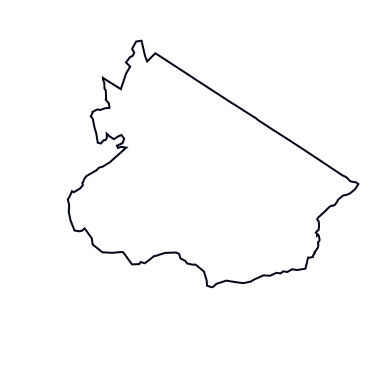 Ikorodu, Lagos, Nigeria, rotated 33°
{"feature_id": "59680162B53104406185271", "entity_name": "Ikorodu", "entity_type": "district", "adm_level": 2, "iso_a3": "NGA", "parent_name": "Nigeria", "parent_adm1": "Lagos", "projection": "robinson", "projection_center": [3.567, 6.6], "detail": "fine", "context": "isolated", "style": "outline", "palette": "ink", "viewbox_px": 384, "rotation_deg": 33, "n_neighbors": 0, "source": "geoboundaries", "source_scale": "gbopen_adm2", "svg_char_len": 2854}
<svg xmlns="http://www.w3.org/2000/svg" viewBox="0 0 384 384"><g transform="rotate(33 192 192)"><path d="M67.3,92.6L63.2,96.2L63.8,104.6L67.5,106.5L68.2,109.7L66.5,112.7L66.1,119.3L71.8,120.5L72.2,128.4L76.3,144.5L64.3,144.7L55.3,144.8L55.1,144.8L56.1,146.1L58.9,148.2L62.4,153.0L64.3,153.7L69.0,160.3L69.3,161.6L74.0,162.9L75.7,164.9L75.9,165.2L76.6,165.5L76.9,166.7L76.0,167.1L73.3,169.3L71.4,171.9L70.1,173.4L68.2,173.9L67.7,174.5L66.7,175.8L64.9,179.2L65.3,179.7L65.6,180.2L65.7,181.4L65.7,182.2L65.9,182.8L65.8,183.6L69.0,184.7L75.1,191.0L79.7,194.9L86.1,202.0L89.1,201.0L89.3,199.7L89.7,196.7L91.1,195.8L91.2,193.1L89.3,190.3L88.7,189.5L90.1,189.7L92.3,190.2L97.7,190.2L99.2,187.0L99.8,185.5L100.4,184.7L101.8,182.6L104.4,183.6L105.6,184.0L106.2,184.3L107.1,189.0L103.8,194.0L105.9,195.4L107.5,193.1L112.7,190.6L106.8,212.1L103.3,219.4L101.2,221.7L100.3,223.8L100.2,225.6L96.2,233.3L94.8,236.2L94.5,239.4L95.4,243.8L95.1,244.1L96.8,245.9L96.2,250.0L92.9,256.7L90.9,256.7L91.8,262.0L91.9,265.9L96.2,270.0L99.5,275.8L105.4,281.8L114.4,288.3L118.8,286.4L120.7,284.7L121.8,281.1L123.6,281.7L133.1,285.4L137.4,290.2L139.2,290.3L143.4,290.7L149.6,291.4L155.9,287.8L158.1,286.6L163.5,282.3L166.7,280.0L168.6,280.7L169.6,280.9L181.1,285.4L187.0,281.2L187.1,278.7L191.2,277.5L193.4,271.6L195.0,266.7L198.0,263.5L198.2,263.0L202.8,257.6L211.5,251.5L214.8,250.9L218.6,254.0L223.8,253.4L225.3,254.0L226.7,254.6L232.0,252.7L234.6,250.9L239.5,251.5L245.3,252.2L246.5,253.2L252.4,258.1L254.0,260.2L255.6,262.4L260.1,261.2L261.2,260.5L262.6,255.5L269.1,247.6L277.8,243.8L284.7,240.5L289.9,235.3L291.8,231.6L297.3,223.0L303.2,219.6L306.8,213.8L310.5,212.1L311.9,208.7L315.5,207.2L318.0,202.3L322.9,200.0L328.9,194.5L325.1,183.8L326.8,182.7L328.8,180.5L328.1,179.2L328.2,177.9L328.1,177.5L328.4,176.9L328.3,176.2L327.9,175.9L327.5,175.8L327.6,175.3L327.7,174.9L327.6,174.4L327.7,173.7L327.9,172.8L327.8,172.1L327.7,171.7L327.8,171.2L327.9,170.9L327.9,170.4L327.7,169.8L327.1,168.3L326.8,167.4L326.4,167.2L325.1,165.6L325.3,164.5L325.4,163.8L325.2,163.1L325.0,162.5L324.0,161.6L322.9,160.2L322.2,159.6L321.3,159.3L320.7,160.6L319.9,159.3L319.7,159.0L319.1,158.7L318.0,158.7L318.1,156.7L318.9,155.1L317.5,152.1L315.3,148.8L313.8,147.4L312.0,146.9L311.7,145.5L311.9,144.1L314.5,133.9L315.3,129.8L316.4,127.5L317.6,127.0L318.0,125.9L318.8,125.3L319.0,121.3L318.7,119.0L320.6,112.7L323.2,110.2L325.2,107.3L327.3,100.9L327.2,94.7L324.4,94.6L320.5,96.2L319.3,96.7L318.5,96.7L315.5,96.0L312.9,95.5L309.5,96.1L298.7,96.0L259.2,95.6L245.2,95.6L228.1,95.7L228.1,95.8L211.7,95.7L210.2,95.7L208.1,95.7L207.4,95.6L206.7,95.5L206.4,95.4L205.2,95.3L202.1,95.4L193.4,95.5L189.1,95.5L179.3,95.6L178.5,95.6L178.3,95.7L155.3,95.7L149.3,95.7L134.3,95.7L119.7,95.6L116.3,95.6L107.9,95.6L85.7,95.6L83.3,106.9L78.2,103.2L67.3,92.6Z" fill="none" stroke="#020617" stroke-width="2"/></g></svg>